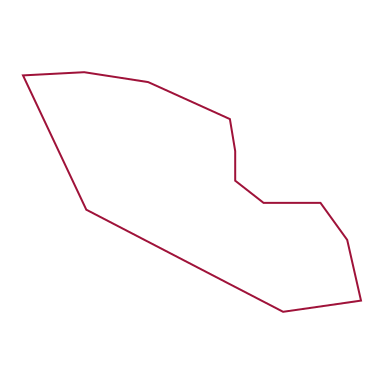 an SVG outline of Chiesanuova
{"feature_id": "SMR-4891", "entity_name": "Chiesanuova", "entity_type": "state/province", "adm_level": 1, "iso_a3": "SMR", "parent_name": "San Marino", "parent_adm1": "", "projection": "orthographic", "projection_center": [12.421, 43.905], "detail": "fine", "context": "isolated", "style": "outline", "palette": "rose", "viewbox_px": 384, "rotation_deg": 0, "n_neighbors": 0, "source": "natural_earth", "source_scale": "10m", "svg_char_len": 289}
<svg xmlns="http://www.w3.org/2000/svg" viewBox="0 0 384 384"><path d="M361.0,300.6L283.1,311.8L228.1,283.3L86.3,209.7L23.0,75.4L84.2,72.2L148.2,82.1L229.9,119.1L235.2,151.1L235.2,180.7L263.6,202.9L320.5,202.9L347.2,239.9L361.0,300.6Z" fill="none" stroke="#9f1239" stroke-width="2"/></svg>